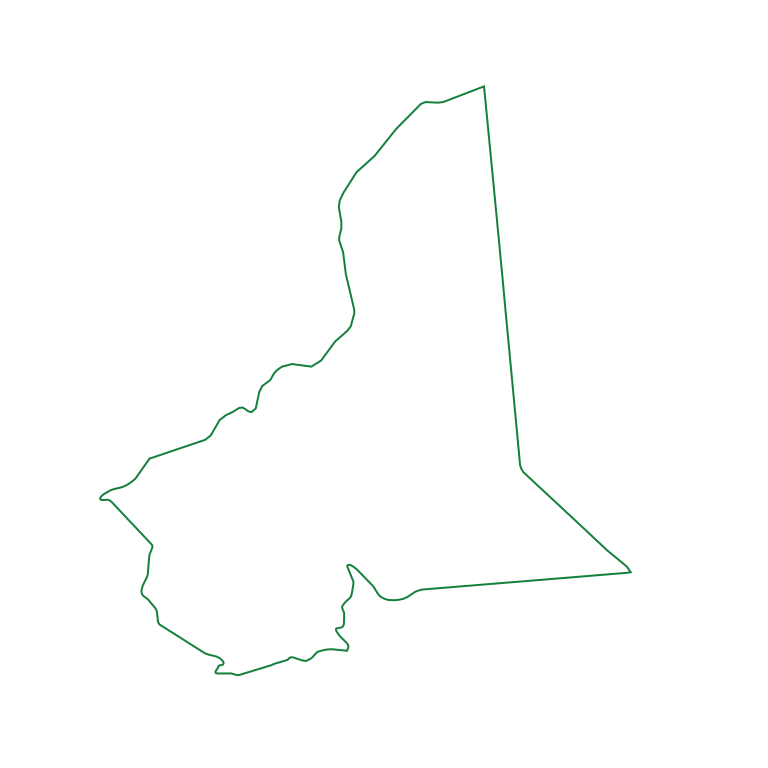 Tataouine, Mercator projection, rotated 187°
{"feature_id": "TUN-98", "entity_name": "Tataouine", "entity_type": "Governorate", "adm_level": 1, "iso_a3": "TUN", "parent_name": "Tunisia", "parent_adm1": "", "projection": "mercator", "projection_center": [10.291, 31.745], "detail": "fine", "context": "isolated", "style": "outline", "palette": "green", "viewbox_px": 768, "rotation_deg": 187, "n_neighbors": 0, "source": "natural_earth", "source_scale": "10m", "svg_char_len": 2916}
<svg xmlns="http://www.w3.org/2000/svg" viewBox="0 0 768 768"><g transform="rotate(187 384 384)"><path d="M607.8,281.3L554.5,306.9L549.7,311.9L542.8,328.1L537.1,333.8L530.9,337.7L525.1,342.4L521.7,343.4L518.6,342.2L515.5,340.4L512.2,339.9L508.3,344.1L506.9,360.4L504.7,367.1L497.4,374.0L494.5,381.0L492.4,384.0L489.9,386.6L487.1,388.9L477.6,392.6L458.2,392.4L449.3,399.6L437.7,420.2L426.7,432.6L424.0,437.2L422.1,450.4L422.5,453.9L435.3,488.5L440.6,509.7L446.1,521.3L446.3,525.0L445.3,532.8L446.1,539.9L450.4,554.0L450.3,560.7L447.6,568.8L437.0,591.0L421.3,609.0L403.1,638.5L381.6,666.4L377.2,668.9L364.6,669.8L359.6,671.1L321.0,691.6L316.1,669.6L311.2,647.6L306.3,625.5L301.4,603.5L296.5,581.4L291.6,559.3L286.7,537.2L281.8,515.0L276.9,492.8L272.1,470.6L267.2,448.4L262.3,426.1L257.4,403.8L252.5,381.5L247.6,359.2L242.7,336.8L242.2,334.6L239.1,320.1L237.1,316.2L234.7,313.3L205.7,292.3L169.6,266.1L142.1,246.0L120.9,232.5L116.2,227.3L119.4,226.3L321.7,184.5L326.1,182.5L327.9,181.4L334.9,175.4L338.5,173.2L342.7,171.7L347.3,170.7L352.8,170.2L354.9,170.4L357.6,171.0L360.7,172.1L362.2,173.0L363.7,174.2L364.4,174.9L369.9,181.8L388.5,196.8L392.8,199.3L394.7,200.1L395.6,200.3L396.3,200.3L397.1,200.2L397.8,199.8L398.3,199.1L397.8,197.6L397.3,196.7L390.4,184.4L390.2,183.6L390.0,181.9L390.3,173.5L390.8,169.3L391.2,168.5L391.7,167.7L396.0,162.5L398.0,159.2L398.3,158.4L398.4,157.4L398.1,156.3L397.2,154.6L395.9,152.4L395.5,150.9L394.8,144.3L394.6,140.6L394.7,139.8L395.0,139.0L395.4,138.3L395.9,137.7L396.6,137.2L397.3,136.9L399.4,136.3L401.0,135.7L401.7,135.2L401.7,134.1L401.0,132.6L396.8,128.1L389.8,122.7L388.9,121.9L388.2,121.0L387.5,119.8L387.4,118.6L387.3,117.7L388.2,114.7L403.1,114.4L406.9,113.8L411.1,112.7L417.0,110.2L417.7,109.7L418.3,109.0L421.9,103.9L422.8,102.9L424.0,102.0L426.1,100.5L427.3,99.8L428.4,99.5L431.6,99.7L440.4,101.5L442.5,101.5L443.7,101.1L444.5,100.5L445.7,98.9L447.2,97.9L459.0,92.8L461.3,91.3L491.6,77.8L493.0,77.3L494.5,77.2L500.5,78.1L513.9,76.4L515.6,76.6L516.0,77.3L516.2,78.0L516.0,78.7L515.7,79.4L514.4,81.6L514.1,82.3L514.1,83.1L513.9,83.8L513.4,84.4L510.0,85.7L509.5,86.3L509.2,86.9L509.3,87.7L509.6,88.4L510.1,89.1L510.8,89.9L512.5,91.2L514.1,92.1L517.1,93.1L525.1,94.0L528.9,94.9L576.6,117.5L577.6,118.1L578.3,118.9L578.8,119.5L579.2,120.1L579.4,120.6L581.6,130.2L582.1,131.3L583.2,133.0L584.5,134.5L591.8,141.2L594.0,142.7L596.1,143.8L597.3,144.6L598.2,145.4L598.6,146.1L599.0,146.9L599.4,148.3L599.5,149.0L599.5,150.4L599.0,153.9L598.0,157.2L595.8,163.2L595.5,164.7L595.3,166.5L596.0,184.1L595.8,186.6L594.1,193.0L594.0,193.8L594.0,194.6L594.3,195.4L594.8,196.2L640.2,233.9L641.8,234.8L643.1,235.3L644.3,235.4L649.2,234.5L650.7,234.6L651.5,235.1L651.8,235.9L651.6,236.8L651.2,237.6L650.0,239.2L648.5,240.7L642.3,245.3L639.6,246.6L631.4,249.7L628.0,251.7L624.9,254.0L621.9,256.8L619.0,260.1L607.8,281.1L607.8,281.3Z" fill="none" stroke="#15803d" stroke-width="2"/></g></svg>